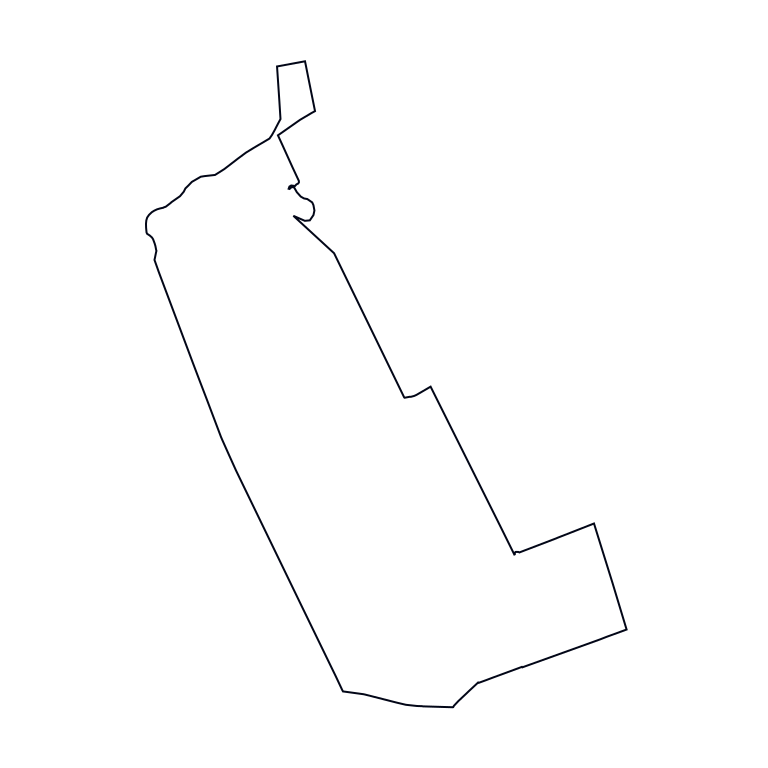 Cilieni, Olt, Romania, rotated 267°
{"feature_id": "2599482B82489722480491", "entity_name": "Cilieni", "entity_type": "district", "adm_level": 2, "iso_a3": "ROU", "parent_name": "Romania", "parent_adm1": "Olt", "projection": "natural_earth1", "projection_center": [24.598, 43.879], "detail": "fine", "context": "isolated", "style": "outline", "palette": "ink", "viewbox_px": 768, "rotation_deg": 267, "n_neighbors": 0, "source": "geoboundaries", "source_scale": "gbopen_adm2", "svg_char_len": 2163}
<svg xmlns="http://www.w3.org/2000/svg" viewBox="0 0 768 768"><g transform="rotate(267 384 384)"><path d="M233.7,586.4L227.5,567.8L221.3,549.1L220.9,548.1L210.4,515.6L208.7,510.4L209.1,509.7L209.3,509.2L209.3,508.3L209.4,507.7L209.4,506.7L209.1,506.2L208.4,505.8L207.1,505.7L206.9,505.2L233.8,493.6L378.9,430.4L374.0,420.9L371.4,415.8L370.5,413.5L369.8,410.2L369.9,409.1L369.2,403.9L369.4,403.6L369.7,403.4L432.6,376.8L477.5,357.8L517.2,341.0L556.7,302.3L551.1,313.5L551.3,318.5L556.4,322.4L560.9,323.6L566.3,322.9L569.1,321.8L572.7,317.1L573.5,313.8L575.5,310.7L580.1,307.0L584.1,305.0L585.0,304.5L585.5,302.6L584.8,301.1L583.7,299.9L584.0,299.0L586.1,299.9L587.1,301.7L586.4,305.5L587.9,307.0L588.7,308.8L589.8,309.6L591.3,309.6L605.6,303.8L628.1,295.0L637.9,291.1L638.8,292.6L652.2,314.0L658.3,325.6L660.1,329.4L695.4,324.2L705.1,322.8L710.4,322.0L706.7,293.8L673.0,294.3L654.0,294.5L650.4,292.3L646.0,289.7L643.7,288.4L638.6,285.2L635.1,282.5L626.6,266.2L622.3,258.3L617.0,250.3L607.0,235.8L601.6,226.2L601.0,215.8L600.6,211.9L595.9,202.7L592.4,199.0L589.7,195.9L586.5,194.1L582.2,190.1L576.6,181.1L576.0,180.5L572.5,175.4L572.2,174.5L572.1,173.8L571.6,172.9L571.0,169.4L570.3,166.5L569.1,163.6L567.7,161.1L565.2,158.2L562.6,156.2L559.8,155.2L556.4,154.7L552.5,154.6L550.0,154.7L547.7,154.8L546.4,155.3L544.5,157.9L542.4,160.0L540.6,161.0L536.1,162.4L535.1,162.6L534.0,162.9L531.9,163.2L529.7,163.5L529.0,163.7L528.8,163.7L528.5,163.6L526.8,163.1L522.1,161.9L520.7,161.5L520.3,161.4L519.9,161.3L510.5,164.1L510.4,164.1L510.2,164.2L508.4,164.7L415.2,194.2L399.0,199.4L396.5,200.2L377.7,206.3L339.5,218.5L339.0,218.7L336.8,219.5L328.5,222.7L321.5,225.4L305.6,231.6L168.3,289.4L107.0,315.3L94.5,320.6L80.5,326.3L79.1,327.0L78.9,328.3L78.0,333.0L75.3,347.2L75.2,347.6L75.1,348.0L75.0,348.3L74.9,348.7L65.0,380.5L62.5,389.1L60.7,400.2L60.3,404.9L60.0,406.3L60.0,406.5L58.8,421.1L57.6,435.8L57.7,436.2L59.0,437.0L63.7,441.9L70.7,450.2L72.8,452.6L81.0,462.4L80.6,462.9L82.8,470.1L85.1,477.3L93.4,504.1L94.3,506.9L93.8,507.3L95.1,511.6L117.7,586.6L119.9,593.2L126.1,613.4L173.3,601.8L221.5,589.5L233.7,586.4Z" fill="none" stroke="#020617" stroke-width="2"/></g></svg>